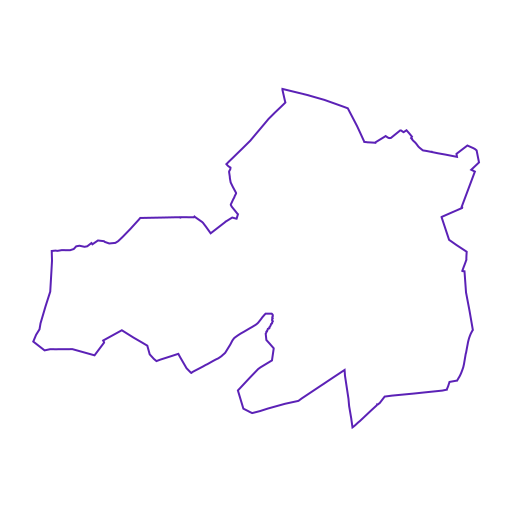 Zilākalna pag., Kocenu, Latvia, rotated 272°
{"feature_id": "27541924B75578071059761", "entity_name": "Zilākalna pag.", "entity_type": "district", "adm_level": 2, "iso_a3": "LVA", "parent_name": "Latvia", "parent_adm1": "Kocenu", "projection": "mercator", "projection_center": [25.176, 57.583], "detail": "fine", "context": "isolated", "style": "outline", "palette": "violet", "viewbox_px": 512, "rotation_deg": 272, "n_neighbors": 0, "source": "geoboundaries", "source_scale": "gbopen_adm2", "svg_char_len": 5300}
<svg xmlns="http://www.w3.org/2000/svg" viewBox="0 0 512 512"><g transform="rotate(272 256 256)"><path d="M175.2,42.2L169.6,39.0L162.7,36.4L154.3,48.0L155.7,53.6L155.8,58.5L156.5,75.8L151.1,98.1L164.0,107.1L164.5,107.2L166.2,106.2L177.1,124.5L170.2,136.4L165.5,145.2L162.6,150.5L154.0,153.2L149.6,157.5L147.5,160.2L149.1,164.0L153.1,175.2L154.8,179.8L155.5,181.8L152.4,183.6L141.4,190.5L137.1,195.0L136.9,195.5L137.8,196.5L139.1,198.7L141.8,203.5L143.8,207.0L145.3,209.4L146.2,211.2L149.7,216.9L151.2,219.5L152.3,221.7L153.5,223.4L154.7,225.0L156.1,226.4L156.6,227.0L158.2,228.6L166.6,233.4L170.6,235.3L171.7,236.0L173.1,237.0L173.4,237.3L174.3,238.4L176.0,240.6L177.9,243.3L179.9,246.6L183.6,252.4L185.0,254.7L186.0,256.2L187.1,257.9L187.8,258.8L188.5,259.6L189.3,260.4L190.5,261.3L193.5,263.5L194.9,264.4L196.0,265.3L197.5,266.5L198.7,267.6L198.7,268.4L198.9,273.2L198.9,273.7L198.8,273.9L198.5,274.2L198.2,274.4L197.7,274.6L197.6,274.8L197.1,274.8L196.9,274.9L196.6,274.9L196.4,274.8L196.1,274.8L195.9,274.6L195.6,274.4L195.4,274.4L195.2,274.4L194.9,274.4L194.7,274.4L194.6,274.6L194.4,274.9L194.2,274.9L194.0,274.6L193.9,274.6L193.6,274.6L193.4,274.4L193.2,274.4L192.8,274.3L192.7,274.3L192.4,274.3L192.2,274.4L192.1,274.6L191.8,274.8L191.4,275.1L191.0,274.9L190.4,274.5L190.1,274.4L189.7,274.5L189.4,274.4L189.1,274.3L188.5,273.4L188.2,273.3L187.5,273.2L186.8,272.9L186.4,272.7L185.8,272.4L185.2,271.8L184.8,271.7L184.7,271.7L184.4,271.9L184.2,271.8L184.1,271.7L183.9,271.1L183.6,270.4L182.9,270.2L182.4,270.1L182.0,269.8L181.8,269.7L181.5,269.7L181.3,269.7L181.0,269.2L180.8,269.0L180.1,269.1L179.9,269.0L179.4,268.8L179.3,268.7L178.7,268.4L172.4,269.3L168.9,272.7L164.4,276.9L163.9,276.9L152.2,275.6L150.8,273.4L150.7,273.3L149.8,271.9L144.9,264.4L143.1,262.1L134.2,254.1L121.0,242.6L103.0,248.7L100.4,254.3L100.2,254.6L100.1,254.8L98.9,257.6L99.0,258.1L101.3,265.9L101.4,266.1L103.6,272.2L103.8,272.8L103.9,273.0L109.3,290.1L112.7,303.5L113.2,304.1L115.2,306.6L137.8,338.1L145.2,348.5L139.5,349.1L116.5,353.4L109.3,354.3L97.2,356.8L88.1,358.4L88.7,359.2L90.3,361.0L91.6,362.3L93.3,364.0L94.5,365.4L105.8,376.6L111.0,381.9L111.9,382.3L112.0,382.3L112.0,383.2L112.8,384.0L113.2,384.6L113.4,384.8L114.4,385.5L117.2,387.5L120.0,389.5L121.2,396.7L122.1,403.6L124.0,418.2L124.5,421.8L125.4,428.1L128.0,446.9L129.1,451.4L129.5,451.4L132.4,452.5L136.9,453.8L137.9,458.4L138.0,458.8L138.4,460.8L138.4,461.2L139.4,461.8L141.3,462.8L142.5,463.5L144.2,464.3L145.9,465.0L147.3,465.5L149.7,466.3L152.0,467.0L155.1,467.6L165.5,469.0L166.6,469.3L172.7,470.2L175.2,470.6L177.3,470.9L179.2,471.3L181.3,471.8L183.2,472.4L185.2,473.1L186.6,473.7L188.2,474.5L189.2,475.0L189.6,475.3L208.7,471.3L225.9,467.4L226.6,467.2L227.5,467.1L248.0,464.9L248.1,463.0L248.2,462.7L248.4,462.7L253.0,464.2L253.5,464.4L255.3,465.0L257.1,465.6L259.1,466.2L259.5,466.4L260.7,466.3L263.9,466.3L266.9,466.4L267.6,466.4L267.8,466.1L270.9,461.0L274.0,455.9L278.9,448.4L301.3,440.1L301.5,440.1L311.2,460.3L311.8,460.4L312.2,459.8L312.5,459.9L348.0,471.8L349.7,468.1L357.3,475.6L369.2,472.8L370.4,471.3L371.3,469.6L373.8,463.4L365.1,452.8L362.1,453.4L364.0,441.5L365.0,434.3L366.1,427.8L366.3,427.8L366.3,427.6L366.3,426.6L366.9,422.9L367.3,419.7L367.3,419.4L367.5,418.9L369.9,415.7L370.6,414.9L371.2,414.3L373.7,412.3L374.9,411.2L375.7,410.3L376.0,409.9L377.0,408.8L377.7,408.2L378.3,407.7L378.6,407.8L379.3,406.9L380.4,407.5L380.7,407.7L384.1,404.7L386.9,402.0L384.9,399.2L385.2,398.6L386.5,396.6L386.5,395.7L379.4,387.5L378.9,387.0L378.7,386.6L378.6,386.3L378.6,386.1L378.6,385.8L378.5,385.5L378.5,385.3L378.5,385.1L378.6,384.9L378.6,384.7L378.6,384.4L378.7,384.2L378.8,384.0L378.9,383.9L379.0,383.6L379.3,383.1L379.7,382.5L379.9,382.1L380.4,381.4L379.3,379.8L373.7,371.3L373.3,371.3L373.4,369.5L373.5,365.7L373.5,363.6L373.7,362.0L373.7,361.1L373.8,360.2L374.2,360.1L382.8,355.8L389.3,352.5L406.8,342.6L408.1,338.7L410.6,330.9L414.4,318.9L416.7,309.6L418.7,301.6L420.6,292.5L422.5,283.3L423.9,276.6L423.5,276.6L423.0,276.6L422.7,276.7L419.3,277.6L412.8,279.3L410.4,280.0L409.9,279.5L408.2,277.9L405.3,275.1L404.5,274.3L399.9,269.8L393.5,263.8L384.9,257.1L378.3,251.9L371.5,246.6L371.2,246.4L362.5,238.2L357.5,233.4L353.5,229.6L349.6,225.8L347.3,223.7L346.8,223.2L345.3,224.6L344.2,226.1L343.7,227.1L343.5,227.4L343.0,227.4L341.9,227.3L341.0,226.9L340.3,226.5L339.6,226.2L338.9,226.2L334.6,227.0L332.8,227.2L332.3,227.3L328.7,228.1L327.5,228.7L324.3,230.4L318.5,233.8L318.1,233.9L317.8,233.9L315.0,232.6L313.7,232.2L312.2,231.4L306.8,229.1L306.3,229.0L305.7,229.3L304.9,229.8L304.6,229.9L299.4,234.4L297.2,236.3L297.1,236.5L292.6,235.3L292.6,235.1L293.6,230.9L289.5,224.8L289.4,224.4L288.9,224.1L277.1,209.9L283.6,204.9L285.3,203.5L287.3,201.9L288.1,201.0L292.9,193.6L293.3,193.1L292.5,192.5L292.3,183.9L292.2,179.9L291.8,179.4L291.7,179.0L292.1,178.7L291.9,174.3L291.2,162.0L290.6,150.7L290.1,141.4L290.0,139.0L288.2,137.6L284.2,134.2L280.2,130.8L279.0,129.8L270.7,122.3L266.0,117.7L264.2,115.0L263.4,108.9L264.8,104.4L265.5,103.5L265.6,102.4L266.0,97.5L262.0,92.1L263.2,91.1L259.8,87.0L259.2,84.3L260.1,79.2L259.4,76.0L256.6,73.6L255.3,70.0L255.2,67.1L255.1,61.7L254.2,57.4L254.4,55.4L253.9,51.7L250.5,51.9L244.2,52.3L234.4,52.1L213.2,51.6L198.3,47.4L181.2,43.0L175.2,42.2Z" fill="none" stroke="#5b21b6" stroke-width="2"/></g></svg>